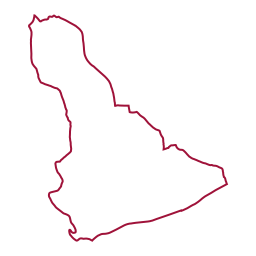 Tandahimba, Mtwara, United Republic of Tanzania (Mercator projection)
{"feature_id": "72390352B76468761426294", "entity_name": "Tandahimba", "entity_type": "district", "adm_level": 2, "iso_a3": "TZA", "parent_name": "United Republic of Tanzania", "parent_adm1": "Mtwara", "projection": "mercator", "projection_center": [39.541, -10.663], "detail": "fine", "context": "isolated", "style": "outline", "palette": "rose", "viewbox_px": 256, "rotation_deg": 0, "n_neighbors": 0, "source": "geoboundaries", "source_scale": "gbopen_adm2", "svg_char_len": 5633}
<svg xmlns="http://www.w3.org/2000/svg" viewBox="0 0 256 256"><path d="M34.6,15.4L34.4,15.4L34.4,15.9L34.3,16.6L33.6,19.8L33.2,20.7L32.7,21.7L31.8,22.8L30.7,23.9L30.3,24.3L29.1,25.4L29.1,26.6L29.4,27.0L30.0,28.0L31.1,30.6L31.3,31.3L31.5,32.1L31.5,34.8L31.3,36.6L31.1,38.2L30.9,39.9L31.0,41.0L30.9,42.9L31.2,50.0L31.4,53.7L31.3,58.0L31.7,61.0L32.1,62.7L32.6,64.0L33.9,65.9L36.3,68.7L36.5,69.1L36.6,69.5L37.0,70.9L37.3,72.1L37.6,73.1L38.3,75.1L38.2,76.0L38.5,77.8L39.8,80.5L40.4,81.7L40.9,82.4L41.0,82.5L43.1,83.3L45.0,84.2L46.6,84.7L48.5,85.3L49.2,85.6L50.7,86.0L51.8,86.6L54.1,87.6L54.9,87.9L57.1,88.4L57.7,88.8L58.2,89.3L58.9,89.9L59.5,90.4L60.2,91.4L60.3,92.1L60.8,92.9L61.4,95.1L62.1,97.2L63.2,99.9L63.6,101.0L64.2,103.2L64.5,103.9L65.1,106.1L65.4,107.6L65.8,108.4L66.0,109.1L66.1,109.5L66.6,110.1L66.7,110.5L66.7,111.4L66.6,112.2L66.5,113.0L66.2,114.4L66.4,115.3L66.7,115.9L67.0,116.7L67.5,117.3L67.8,117.8L67.8,118.5L68.4,120.1L69.0,120.8L70.3,121.9L70.5,122.4L70.5,123.5L70.4,124.4L70.4,125.0L70.7,125.9L70.7,126.3L70.3,128.3L70.1,130.6L70.0,131.6L70.0,133.1L69.9,135.6L69.8,137.1L70.0,138.3L70.2,140.4L70.4,141.3L70.6,142.1L70.7,143.6L70.7,144.8L71.1,148.0L71.2,148.9L71.0,150.4L70.9,151.3L70.0,152.4L67.9,154.2L66.5,155.3L65.3,156.5L63.9,157.5L62.8,158.6L62.1,159.2L61.1,160.0L60.6,160.6L60.1,161.4L59.7,161.7L59.3,161.7L58.1,161.7L56.5,161.9L56.1,162.2L55.8,162.6L55.5,163.2L55.4,163.7L56.0,167.7L56.5,169.3L57.0,170.7L57.5,172.0L58.2,173.0L59.2,174.0L59.5,174.6L60.0,175.3L60.8,176.7L61.3,177.8L61.8,178.4L62.2,179.2L62.5,180.0L62.7,181.2L62.5,181.9L61.6,183.9L61.5,184.7L61.2,185.2L61.1,186.3L60.5,187.2L59.2,188.8L58.8,189.5L57.9,190.4L57.4,190.7L55.5,191.2L52.6,191.9L50.7,192.4L50.2,192.6L49.7,192.9L49.3,193.3L49.0,194.2L48.9,195.3L49.1,196.7L50.4,199.0L50.9,200.2L51.8,202.0L52.4,203.0L54.8,205.8L55.4,206.7L56.3,207.7L57.3,208.5L60.8,211.2L63.2,213.1L63.9,213.5L65.4,214.0L67.1,214.7L68.5,215.5L69.1,216.1L69.5,216.6L69.7,217.2L70.0,218.0L70.4,219.9L70.7,221.1L70.9,221.9L71.2,222.6L71.8,223.5L72.4,224.1L73.4,225.3L74.8,227.9L75.5,229.6L75.7,230.8L75.7,231.6L75.6,232.1L75.4,232.4L74.9,232.6L74.2,232.8L73.6,232.9L73.0,232.8L72.6,232.7L71.4,231.8L71.1,231.4L71.0,231.0L70.6,230.4L70.0,229.9L69.5,229.9L69.3,230.3L69.2,230.8L69.3,231.8L69.5,233.0L69.9,234.3L70.3,235.0L70.9,235.6L72.1,237.1L73.6,238.6L74.4,239.2L75.6,240.1L76.1,240.4L76.8,240.6L77.1,240.5L77.5,240.4L78.6,239.6L79.2,239.0L79.9,238.6L80.8,238.4L81.6,238.4L82.2,238.5L82.6,238.6L83.0,238.7L83.8,238.8L84.3,238.7L85.7,238.6L86.7,238.6L88.3,238.9L89.6,239.2L90.1,239.5L90.6,239.8L92.2,240.6L93.1,239.6L94.7,238.2L96.5,236.7L97.9,235.7L99.2,235.1L100.9,234.3L102.0,234.0L102.9,233.9L105.1,233.8L106.5,233.6L108.4,233.2L109.8,232.7L111.5,231.9L116.0,229.7L124.3,225.3L126.0,224.6L127.5,224.1L128.8,223.8L129.7,223.6L131.1,223.5L132.9,223.2L135.7,222.8L148.0,221.5L149.9,221.2L151.4,220.8L152.3,220.6L156.6,219.0L169.4,214.6L181.2,210.4L181.4,210.8L183.0,210.2L187.3,208.2L191.5,205.7L193.2,204.8L194.6,204.2L195.9,203.4L196.6,202.9L197.8,202.1L200.0,200.4L202.2,198.5L203.0,197.9L204.6,196.7L205.9,195.9L211.2,192.9L215.7,190.1L226.9,184.1L226.6,183.4L226.2,182.0L225.7,180.8L225.2,178.6L224.8,177.8L224.5,177.4L223.9,177.0L223.9,176.5L223.6,175.9L223.5,175.5L223.2,173.7L223.2,172.8L222.9,171.6L222.8,170.5L222.7,170.0L222.4,169.1L222.1,168.7L221.8,168.4L220.6,167.8L220.2,167.7L218.8,167.1L217.8,166.5L216.6,166.0L215.8,165.8L213.5,165.6L212.9,165.5L212.4,165.2L211.8,165.0L211.0,165.1L210.1,165.1L209.2,164.9L207.4,164.2L205.5,163.4L204.4,163.2L202.9,162.8L201.4,162.2L200.1,161.6L198.5,161.0L196.8,160.2L195.3,159.6L193.8,159.0L192.8,158.7L191.2,157.9L190.5,157.3L189.4,156.7L188.9,156.2L188.1,155.3L187.5,154.7L185.7,152.6L184.8,151.7L183.3,150.3L182.8,150.1L182.4,149.9L181.6,149.8L181.2,149.8L180.0,149.7L179.4,149.5L178.8,149.2L178.0,148.7L177.2,147.9L176.7,147.2L176.3,146.5L176.0,145.5L175.8,145.1L175.4,145.0L174.3,145.1L173.0,145.3L171.8,145.3L170.9,145.5L170.4,145.8L169.9,146.3L168.9,147.0L168.6,147.7L168.2,148.0L167.7,148.0L166.8,148.3L165.6,148.8L163.6,149.4L163.8,147.7L163.8,146.5L163.7,145.3L163.5,144.5L163.6,143.5L163.4,142.6L163.3,141.7L163.2,140.5L163.2,139.4L163.0,138.1L162.5,137.2L161.9,136.4L160.9,134.7L160.6,133.9L159.6,130.9L159.4,130.7L158.6,130.3L156.7,129.7L155.7,129.3L155.1,128.9L154.6,128.5L153.2,127.6L150.8,125.4L149.8,124.4L148.6,123.4L144.8,118.8L143.4,117.5L142.5,117.0L140.1,115.3L138.2,113.2L137.0,112.1L136.7,111.9L136.0,112.1L134.4,112.4L133.3,112.5L131.9,112.5L130.3,112.3L129.7,112.1L129.6,111.7L129.4,110.5L128.9,107.9L128.6,105.7L128.2,105.7L127.1,105.7L125.3,105.7L119.4,105.5L118.2,105.3L117.4,105.3L116.5,105.5L115.7,105.8L115.1,105.8L115.0,105.2L114.9,103.9L114.9,103.0L114.5,101.3L114.1,97.8L113.7,95.7L113.3,93.4L112.8,91.8L112.0,88.8L111.3,87.1L110.6,84.6L110.3,83.8L109.3,81.8L109.0,81.2L108.6,80.7L106.9,78.6L104.9,76.5L95.7,68.3L93.8,66.5L91.9,65.3L90.2,63.8L88.4,61.7L87.3,60.3L86.6,59.1L85.9,57.8L84.9,55.3L84.5,53.7L84.1,50.6L84.0,49.5L83.9,47.6L83.5,43.2L83.1,40.8L83.0,39.8L82.9,38.9L82.9,38.5L82.8,36.6L82.6,35.1L82.3,33.6L81.7,31.9L79.9,29.5L78.5,28.2L76.8,26.8L76.4,26.5L75.5,25.7L75.4,25.7L75.2,25.7L74.3,25.1L69.4,22.4L67.5,21.3L65.3,20.1L62.6,18.9L60.9,18.2L59.7,17.5L58.9,16.8L58.5,16.7L58.2,16.8L57.8,17.0L57.2,17.1L56.6,17.2L56.1,17.0L54.5,15.8L54.1,15.6L53.6,15.7L53.0,16.2L52.5,16.7L51.8,16.8L51.0,16.7L50.0,16.5L49.6,16.5L49.2,16.7L48.7,17.1L48.4,17.7L48.3,18.3L48.2,18.7L47.9,19.0L47.0,19.4L46.8,19.5L46.3,19.5L45.2,19.5L44.8,19.6L44.0,19.8L42.4,20.4L41.4,20.9L40.8,21.4L39.9,21.2L38.1,18.9L37.0,17.7L34.8,15.6L34.6,15.4Z" fill="none" stroke="#9f1239" stroke-width="2"/></svg>